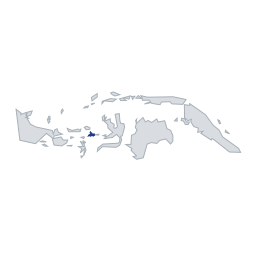 Kepulauan Sula, Maluku Utara, Indonesia (highlighted), rotated 173°
{"feature_id": "22746128B81791072961966", "entity_name": "Kepulauan Sula", "entity_type": "district", "adm_level": 2, "iso_a3": "IDN", "parent_name": "Indonesia", "parent_adm1": "Maluku Utara", "projection": "mercator", "projection_center": [125.8, -2.114], "detail": "fine", "context": "in_parent", "style": "filled", "palette": "blue", "viewbox_px": 256, "rotation_deg": 173, "n_neighbors": 0, "source": "geoboundaries", "source_scale": "gbopen_adm2", "svg_char_len": 5182}
<svg xmlns="http://www.w3.org/2000/svg" viewBox="0 0 256 256"><g transform="rotate(173 128 128)"><path d="M87.7,106.9L91.9,112.5L98.1,111.8L101.2,109.2L106.7,110.7L110.9,109.7L116.5,96.6L123.2,95.9L126.5,99.0L123.0,99.3L127.8,105.6L126.5,107.0L132.2,111.9L127.1,111.4L125.4,120.3L121.5,121.6L119.3,125.1L120.7,127.5L119.2,131.5L111.8,136.5L110.1,132.0L107.1,133.0L103.9,130.6L98.3,133.5L97.5,130.4L90.7,130.7L89.4,122.7L85.9,120.4L84.4,114.9L85.1,109.5L87.7,106.9ZM19.2,90.1L30.2,91.8L44.4,106.2L46.1,107.3L46.9,105.9L56.3,113.8L54.0,115.6L59.3,115.2L58.2,119.3L62.6,121.5L64.9,126.6L64.0,128.9L67.6,127.9L70.6,131.4L69.2,144.3L63.9,142.9L63.8,144.7L49.4,131.7L43.3,120.5L37.9,114.9L35.2,107.7L20.8,94.4L19.2,90.1ZM236.8,129.0L236.8,160.2L232.2,155.7L232.7,154.4L226.9,155.9L227.8,152.8L226.2,151.2L226.8,150.9L227.7,151.1L228.3,150.9L225.5,149.7L226.8,149.3L224.3,143.6L219.2,140.2L203.5,134.8L202.9,131.1L200.8,135.2L198.5,135.9L197.7,132.3L194.0,129.9L202.2,129.1L203.3,126.6L195.6,127.3L193.8,124.0L189.3,123.4L190.6,120.7L196.0,118.3L203.5,120.1L204.6,127.6L209.6,132.6L221.7,123.7L236.8,129.0ZM160.3,111.9L154.9,115.1L139.8,114.1L137.9,115.3L137.3,119.2L140.2,123.1L144.5,120.5L153.4,120.3L143.5,125.5L147.9,130.4L147.7,133.8L150.7,137.5L144.6,139.3L144.7,136.1L141.3,133.4L142.0,129.7L140.1,129.3L138.3,130.6L139.1,143.2L134.9,143.3L135.2,135.8L134.5,133.3L131.6,132.8L131.2,129.5L134.7,120.9L136.3,120.7L135.7,117.0L138.3,112.0L142.2,110.3L155.7,112.6L161.3,108.6L160.3,111.9ZM70.8,144.8L81.5,146.6L83.2,149.0L91.5,149.7L93.4,147.2L101.5,149.6L103.8,153.1L110.4,153.8L110.3,156.7L111.3,158.5L104.9,156.2L79.5,153.5L66.9,149.2L70.8,144.8ZM173.8,112.6L178.4,109.1L176.3,113.1L179.4,115.6L174.6,115.2L177.1,120.8L173.6,117.7L172.4,111.2L175.3,106.1L173.8,112.6ZM176.0,130.2L187.3,131.5L188.4,135.0L183.9,132.4L177.6,133.0L175.7,131.6L174.6,133.2L176.0,130.2ZM150.3,157.7L142.0,159.3L136.1,158.1L139.9,155.9L148.1,157.8L150.9,155.3L150.3,157.7ZM126.4,155.5L131.9,156.2L132.9,158.0L121.8,159.6L123.5,156.5L127.4,158.3L128.6,157.6L126.4,155.5ZM160.4,159.3L160.6,162.8L154.4,165.9L154.7,162.6L160.4,159.3ZM70.6,124.5L72.2,128.3L74.3,128.8L73.6,131.2L70.4,130.0L69.4,127.0L66.3,126.3L67.9,124.1L70.6,124.5ZM225.2,156.1L221.0,156.6L223.1,152.7L226.3,151.9L227.4,153.3L225.2,156.1ZM137.1,161.4L139.7,163.1L140.9,164.9L138.2,165.6L132.1,162.1L137.1,161.4ZM169.7,131.3L171.4,133.9L168.8,134.8L165.8,132.9L166.0,131.4L169.7,131.3ZM110.7,155.6L116.6,156.7L113.9,158.9L110.7,155.6ZM119.9,155.8L120.8,159.0L117.3,158.6L119.9,155.8ZM81.0,129.4L78.1,131.9L78.3,128.8L81.0,129.4ZM206.4,142.5L207.0,146.6L205.7,146.8L204.6,143.8L206.4,142.5ZM108.8,149.8L104.3,151.1L102.4,150.3L108.8,149.8ZM152.2,138.3L152.2,142.0L149.6,143.6L150.6,138.6L152.2,138.3ZM28.0,109.8L32.0,112.0L31.5,113.9L28.0,109.8ZM37.9,125.1L36.3,124.3L35.6,121.2L36.8,121.1L37.9,125.1ZM190.9,154.8L190.0,153.3L192.4,150.5L192.3,153.0L190.9,154.8ZM186.3,116.9L191.0,118.0L185.7,117.6L186.3,116.9ZM158.0,124.5L162.3,125.5L157.6,125.4L158.0,124.5ZM150.2,140.1L147.9,141.9L149.9,138.6L150.2,140.1ZM210.2,119.7L212.6,120.1L214.9,121.8L212.8,122.2L210.2,119.7ZM169.4,153.2L167.8,154.5L164.6,154.7L165.5,153.2L169.4,153.2ZM206.2,147.3L205.2,149.3L204.1,149.2L204.2,146.1L206.2,147.3ZM175.8,124.5L173.0,124.8L172.2,124.2L173.4,122.9L175.8,124.5ZM210.7,124.2L214.1,124.5L217.4,125.2L214.2,125.6L210.7,124.2ZM150.9,122.2L153.7,123.5L150.8,124.1L150.9,122.2ZM178.1,106.0L176.1,105.7L178.0,104.2L178.1,106.0ZM157.9,156.8L161.1,155.6L161.4,156.4L157.9,156.8ZM186.3,124.6L185.8,126.3L183.4,125.5L184.6,125.0L186.3,124.6ZM119.5,134.5L118.3,135.7L119.3,132.1L119.5,134.5ZM173.0,118.1L174.5,120.4L174.0,120.8L171.8,119.0L173.0,118.1Z" fill="#d9dde1" stroke="#a8b0b8" stroke-width="1"/><path d="M162.7,125.0L162.4,125.2L162.4,125.3L162.4,125.5L162.5,125.6L162.6,125.4L162.6,125.5L162.6,125.4L162.6,125.5L162.7,125.4L162.7,125.5L162.8,125.5L162.9,125.8L163.1,125.8L163.3,125.9L163.5,125.8L163.8,125.8L164.0,125.8L164.3,125.8L164.5,125.7L164.5,125.8L164.6,125.7L164.8,125.6L165.0,125.7L165.1,125.8L165.3,125.7L165.5,125.7L165.8,125.6L166.0,125.6L166.3,125.6L166.5,125.5L166.9,125.4L167.0,125.4L167.3,125.2L167.2,125.2L167.1,125.3L167.1,125.2L167.1,125.3L166.9,125.3L166.8,125.2L166.8,125.3L166.7,125.2L166.4,125.2L166.2,125.2L165.8,125.2L165.4,125.1L165.2,125.1L164.9,125.2L164.7,125.2L164.4,125.2L164.3,125.3L164.2,125.3L164.2,125.2L164.2,125.3L163.9,125.3L163.8,125.2L163.8,125.3L163.7,125.3L163.7,125.2L163.4,125.2L163.2,125.2L163.2,125.3L163.2,125.2L163.1,125.3L163.1,125.2L162.9,125.2L162.7,125.0ZM165.2,126.0L164.9,126.4L164.9,126.6L165.0,126.8L165.0,127.0L165.1,127.3L165.2,127.5L165.3,127.6L165.4,127.8L165.4,128.0L165.5,128.1L165.7,128.3L165.8,128.4L165.9,128.2L165.8,127.9L165.7,127.6L165.6,127.4L165.5,127.2L165.4,127.0L165.4,126.9L165.4,126.7L165.5,126.5L165.5,126.4L165.5,126.2L165.4,126.1L165.2,126.0L165.2,126.0ZM167.8,125.2L167.7,125.2L167.4,125.2L167.4,125.3L167.2,125.3L167.3,125.3L167.5,125.3L167.8,125.3L167.8,125.2L167.7,125.2L167.8,125.2ZM163.4,125.0L163.2,125.0L163.3,125.1L163.4,125.0ZM164.1,125.0L164.2,124.9L164.1,125.0ZM165.3,126.0L165.2,126.0L165.3,126.0Z" fill="#3b82f6" stroke="#1e3a8a" stroke-width="1.5"/></g></svg>